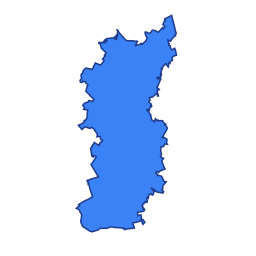 outline of Las Margaritas, Chiapas, Mexico, rotated 256°
{"feature_id": "50627088B80831055738102", "entity_name": "Las Margaritas", "entity_type": "district", "adm_level": 2, "iso_a3": "MEX", "parent_name": "Mexico", "parent_adm1": "Chiapas", "projection": "mercator", "projection_center": [-91.688, 16.374], "detail": "fine", "context": "isolated", "style": "filled", "palette": "blue", "viewbox_px": 256, "rotation_deg": 256, "n_neighbors": 0, "source": "geoboundaries", "source_scale": "gbopen_adm2", "svg_char_len": 5862}
<svg xmlns="http://www.w3.org/2000/svg" viewBox="0 0 256 256"><g transform="rotate(256 128 128)"><path d="M207.8,197.6L226.7,197.6L224.9,189.9L223.6,190.0L223.9,189.7L219.8,186.9L218.8,187.6L217.1,188.2L215.8,186.2L217.1,185.8L213.6,180.7L215.5,178.4L217.0,176.0L216.8,174.9L216.6,174.5L215.6,173.9L215.2,173.2L214.8,171.7L215.0,170.9L215.6,169.8L216.1,169.3L216.6,169.4L216.9,167.9L216.4,167.6L214.8,167.5L212.8,167.7L210.7,168.4L208.3,166.5L205.8,162.0L205.8,161.9L206.9,161.4L205.9,157.8L206.2,156.2L206.5,156.3L205.9,154.7L208.9,157.3L209.7,158.1L210.2,157.6L210.7,154.4L211.2,154.5L211.3,154.2L213.2,147.6L218.5,144.5L223.3,142.2L225.5,141.9L225.4,142.1L225.9,141.1L225.7,141.0L224.6,141.5L222.3,140.7L221.7,140.7L221.3,140.5L221.4,139.7L221.2,139.5L220.6,140.2L219.8,140.2L219.6,140.0L219.6,139.7L220.4,138.8L219.5,137.6L219.1,137.4L218.8,137.6L218.8,138.0L219.1,138.8L218.5,139.0L217.4,138.7L216.9,138.2L216.7,137.7L216.9,137.4L217.5,137.0L218.1,136.8L219.2,136.9L219.4,136.9L219.5,136.7L218.9,135.6L219.3,134.1L219.5,133.0L219.5,130.9L219.9,129.8L219.9,129.1L219.7,128.4L219.2,128.3L217.8,128.7L217.6,128.4L218.5,127.8L219.1,126.9L219.1,126.5L218.5,126.2L216.2,126.7L216.3,126.4L217.5,126.1L218.1,125.6L217.9,125.2L217.1,124.9L216.8,124.4L217.0,124.1L216.9,123.3L217.4,122.9L217.8,121.8L218.1,120.7L217.9,120.5L217.5,120.3L217.2,120.5L217.1,120.4L216.6,121.4L216.2,121.2L215.7,121.5L215.3,121.3L213.0,121.5L212.1,121.3L206.1,125.0L204.4,122.7L203.5,123.3L201.1,119.9L199.0,121.2L195.7,116.6L199.0,112.0L193.6,107.6L193.8,107.2L196.3,101.6L195.9,101.2L195.9,100.6L195.5,99.9L194.3,98.3L192.2,97.3L192.0,97.0L191.9,96.1L191.7,95.9L190.0,95.0L187.6,95.0L187.0,94.7L186.7,94.3L186.6,93.8L185.9,93.1L185.5,92.9L184.4,92.9L184.0,93.0L183.5,93.7L183.4,94.5L183.6,94.9L183.9,95.3L184.4,95.6L183.8,96.6L182.7,98.1L182.0,97.8L179.8,99.6L178.9,99.0L178.8,98.7L173.8,96.0L169.6,98.6L169.0,98.7L167.6,99.7L164.0,101.8L163.2,101.0L163.1,100.6L162.5,99.6L162.7,98.8L163.3,98.5L163.8,97.6L164.0,96.5L162.8,95.4L162.8,93.2L162.4,91.5L161.3,90.0L160.9,89.7L160.5,89.6L158.4,90.9L156.8,89.5L155.3,93.2L147.3,90.4L145.6,88.3L146.0,87.4L144.2,86.5L143.4,84.6L142.6,80.5L137.7,83.0L139.6,86.7L138.2,88.6L138.4,89.3L137.7,89.6L136.8,90.7L137.0,91.2L136.8,91.3L137.5,92.9L134.6,95.1L133.3,95.2L130.6,96.4L129.3,96.7L128.6,96.6L127.1,95.7L126.5,99.0L123.4,98.8L122.7,99.4L122.5,99.7L122.4,100.2L121.9,100.2L121.4,99.9L120.3,96.9L118.0,95.8L122.1,91.8L117.4,87.1L117.2,86.7L109.4,86.2L108.3,87.3L109.0,87.6L110.2,86.8L108.0,90.4L106.3,88.8L105.2,87.4L103.8,86.1L101.5,83.3L87.8,87.4L87.3,78.1L86.8,77.3L87.2,76.0L86.9,75.5L85.2,75.9L85.2,76.1L83.5,75.8L83.9,76.4L77.8,76.3L69.9,77.0L68.2,71.3L68.1,69.8L66.8,65.0L65.6,61.4L64.4,62.3L62.6,58.4L60.4,60.9L58.1,61.1L56.3,61.9L55.6,61.9L54.4,61.9L51.4,60.7L49.5,59.8L48.1,59.5L46.8,59.6L46.0,59.9L44.2,60.0L43.0,60.5L39.8,63.7L37.7,65.4L35.9,68.1L36.2,71.9L36.2,74.0L37.2,76.0L37.3,77.0L35.8,83.2L36.2,87.7L34.6,91.3L33.6,94.8L31.9,99.4L31.3,99.3L30.4,99.9L30.2,100.4L30.7,100.3L29.3,109.9L30.7,110.0L34.8,109.6L34.5,113.1L34.6,114.3L34.6,116.8L34.8,117.5L35.4,118.3L30.9,119.2L32.5,121.6L35.6,120.3L35.8,119.0L40.5,119.6L40.6,116.2L43.9,117.0L43.4,123.0L44.6,124.4L45.3,123.9L45.6,123.4L45.7,123.6L46.1,123.4L46.1,123.1L46.1,123.3L46.4,123.2L46.2,123.4L46.4,123.4L46.4,123.7L46.8,123.5L46.8,123.1L47.8,123.3L47.9,123.2L48.1,123.2L48.1,122.9L48.8,122.9L49.0,122.8L49.4,122.9L49.8,123.8L50.6,124.2L50.5,125.0L52.5,126.3L51.5,127.1L51.4,127.6L51.6,128.8L53.1,129.2L53.7,129.0L55.7,129.5L55.8,130.0L56.1,130.2L56.1,130.5L55.3,130.7L55.7,130.9L55.9,131.2L56.6,131.3L57.3,132.0L58.0,132.3L58.5,132.9L58.5,134.6L58.1,134.7L57.0,135.3L57.4,136.3L57.9,136.7L60.0,137.8L61.8,137.2L64.5,135.7L62.0,138.3L60.1,139.2L60.2,139.5L59.9,140.0L59.6,139.9L59.4,140.0L59.2,139.7L59.3,139.8L58.5,141.6L56.4,146.0L56.7,146.4L57.2,146.4L57.2,146.9L57.4,147.0L57.4,146.9L57.8,146.8L59.9,145.7L60.0,145.9L59.2,146.5L63.6,147.8L66.9,152.7L66.7,150.6L69.0,149.5L69.3,149.8L70.0,149.4L71.1,149.4L73.0,148.9L73.4,148.5L73.5,147.8L74.0,147.4L74.6,146.6L74.8,146.2L74.5,145.6L77.7,144.0L79.0,145.6L78.1,146.5L77.3,146.5L78.5,148.8L79.3,154.1L82.6,153.3L87.0,152.9L88.3,153.1L89.8,155.2L92.2,152.4L93.1,153.4L94.1,154.0L95.2,154.3L95.8,154.1L98.6,154.3L101.9,155.7L101.4,156.9L101.3,157.8L103.6,159.9L102.7,162.2L103.9,161.9L105.3,162.1L106.3,162.8L107.1,162.7L107.8,163.1L110.8,160.0L110.1,159.4L110.4,158.7L116.9,165.2L118.5,166.1L119.5,166.0L121.8,164.4L122.2,165.6L125.6,163.3L126.7,163.3L127.5,160.6L127.7,159.2L128.4,159.1L127.9,158.3L130.3,156.9L128.4,155.4L128.0,155.5L127.6,155.2L130.1,153.0L135.2,153.1L135.4,153.3L136.0,152.8L137.2,152.5L140.8,150.7L141.3,151.4L139.2,152.8L140.1,152.7L140.5,153.2L142.4,154.1L143.0,155.8L143.5,156.3L144.0,156.4L144.3,156.3L144.3,155.6L144.7,156.0L145.4,156.2L145.9,156.2L146.1,156.1L146.3,155.3L147.7,154.8L148.2,154.5L148.8,154.7L149.5,156.1L152.2,156.2L152.2,159.7L152.9,160.7L154.6,164.5L151.8,164.5L151.7,165.2L157.5,165.2L157.5,166.2L157.8,167.7L158.0,167.6L160.0,165.8L167.5,171.6L169.0,168.2L170.3,169.0L170.0,169.8L168.9,171.3L168.9,171.6L169.2,171.6L171.4,173.3L172.2,173.4L172.1,172.9L171.8,172.9L171.6,172.6L172.1,172.3L172.3,172.3L174.1,173.7L174.9,174.0L176.3,174.7L176.7,175.2L177.0,174.6L177.4,174.6L177.7,174.8L177.6,175.3L178.0,176.0L178.8,176.3L179.1,176.7L179.7,176.9L179.9,178.0L180.6,178.7L181.4,180.0L181.1,180.3L180.9,180.1L177.4,181.8L178.0,182.2L181.1,183.1L180.4,184.3L182.3,185.0L182.8,186.7L182.8,187.5L185.7,187.7L186.7,189.4L186.8,192.6L191.7,192.9L194.1,192.6L194.1,192.1L193.8,191.3L193.3,190.7L193.2,189.7L194.1,189.1L195.4,188.6L197.2,189.0L198.5,187.6L199.2,187.7L200.0,188.5L200.5,187.9L203.7,188.1L201.9,190.1L202.4,190.9L202.9,191.1L204.9,193.8L205.6,195.2L206.0,195.5L206.0,196.2L206.4,196.0L207.1,196.5L207.8,197.6Z" fill="#3b82f6" stroke="#1e3a8a" stroke-width="1.5"/></g></svg>